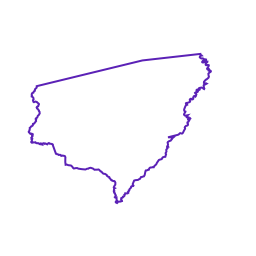 outline of Rio Verde de Mato Grosso, Mato Grosso do Sul, Brazil, rotated 72°
{"feature_id": "56859067B91033371864986", "entity_name": "Rio Verde de Mato Grosso", "entity_type": "district", "adm_level": 2, "iso_a3": "BRA", "parent_name": "Brazil", "parent_adm1": "Mato Grosso do Sul", "projection": "equal_earth", "projection_center": [-54.894, -18.785], "detail": "fine", "context": "isolated", "style": "outline", "palette": "violet", "viewbox_px": 256, "rotation_deg": 72, "n_neighbors": 0, "source": "geoboundaries", "source_scale": "gbopen_adm2", "svg_char_len": 5847}
<svg xmlns="http://www.w3.org/2000/svg" viewBox="0 0 256 256"><g transform="rotate(72 128 128)"><path d="M106.0,221.8L106.6,221.6L106.9,222.2L107.3,222.4L107.5,222.9L108.2,222.6L108.5,223.0L108.8,222.7L109.0,223.1L109.5,222.9L109.9,223.1L110.6,223.5L110.9,223.9L111.3,223.6L111.7,224.3L112.2,224.1L112.5,223.1L112.4,222.5L112.9,221.2L113.0,220.4L113.7,220.2L114.0,219.9L114.5,219.1L114.5,218.4L114.8,217.9L115.9,217.1L115.7,216.5L115.7,215.7L116.0,215.5L116.3,215.9L116.7,215.8L116.9,215.1L117.3,214.6L116.7,214.5L116.4,214.2L116.6,213.8L116.4,213.0L116.7,212.4L117.2,212.3L117.1,211.6L117.3,211.1L117.9,210.8L118.2,210.2L118.6,209.9L117.8,208.3L118.1,207.6L118.7,207.4L119.2,206.1L119.6,205.7L119.9,205.0L120.5,204.6L121.1,204.8L130.2,204.5L130.5,203.8L131.0,203.6L131.5,202.7L131.8,202.3L132.2,202.2L132.6,200.7L133.1,200.3L133.9,200.1L133.9,199.0L134.3,198.5L134.4,197.9L135.0,197.0L135.5,196.6L137.0,196.7L137.5,197.0L141.1,198.2L143.7,198.7L143.8,197.6L144.9,196.3L145.9,194.1L146.2,193.7L147.7,192.9L148.9,192.6L149.8,192.0L150.0,190.1L150.4,188.7L151.3,187.8L152.8,184.8L154.3,181.3L154.1,179.5L154.2,178.9L154.4,178.5L154.1,177.2L154.3,175.8L155.7,173.9L157.3,172.8L158.1,170.2L158.3,168.9L158.8,168.4L160.9,167.4L161.2,166.8L163.4,165.9L164.1,165.1L164.5,164.1L165.9,162.9L166.3,162.7L166.9,162.8L168.1,162.0L168.9,161.0L169.9,161.1L170.6,160.5L171.6,160.4L172.1,160.2L172.4,159.6L172.9,159.6L174.0,158.3L174.1,157.6L174.4,157.3L175.0,157.0L176.1,156.9L178.0,157.6L178.7,158.6L180.0,159.9L180.4,159.9L181.2,159.1L181.4,159.9L182.7,160.6L183.2,160.8L183.7,160.5L184.1,161.1L184.7,161.0L185.2,161.2L185.6,160.8L186.0,160.6L187.5,160.7L188.0,160.4L188.4,160.4L188.7,160.8L189.3,161.1L189.7,161.9L190.2,161.7L190.6,161.1L190.6,160.4L192.8,161.0L193.3,161.0L193.8,160.8L194.1,161.2L193.9,161.7L194.2,162.3L194.6,162.6L195.1,162.5L196.0,161.6L195.8,161.2L195.4,161.1L195.1,160.4L195.3,159.1L195.7,157.6L195.5,157.1L195.6,156.3L195.0,156.2L194.0,156.7L192.6,156.1L192.5,155.5L192.6,154.9L192.4,154.4L191.8,154.1L192.0,153.5L191.6,152.7L191.3,152.2L190.4,152.2L189.8,150.9L189.3,150.8L189.5,150.0L190.0,149.1L190.0,148.4L189.8,147.8L188.8,147.8L188.6,147.0L188.3,146.7L187.6,146.6L187.5,145.9L186.6,145.4L185.6,143.5L184.7,143.1L184.5,142.4L184.8,141.0L184.5,140.6L183.3,140.9L182.7,140.8L179.9,138.4L179.9,137.2L180.4,134.8L180.4,134.0L180.1,133.4L180.0,132.2L178.7,130.9L178.9,129.5L178.8,128.5L178.9,127.8L177.9,126.7L174.4,124.7L173.9,124.2L174.1,123.6L174.1,122.8L173.9,122.1L174.1,121.6L174.1,121.0L173.1,120.4L172.6,119.5L172.5,118.9L172.8,117.7L172.9,117.1L172.8,116.5L173.3,115.7L172.2,114.5L171.9,113.7L171.3,112.4L170.1,111.3L168.0,108.6L167.9,108.0L168.0,105.7L167.6,105.0L167.0,104.6L166.6,103.8L166.7,102.1L166.9,101.4L164.7,99.9L164.2,100.1L163.5,100.0L162.3,98.7L160.6,98.4L160.1,97.8L159.5,96.7L159.2,96.5L158.3,96.8L157.9,96.5L158.1,95.6L157.7,95.7L157.3,96.1L156.8,95.5L156.3,95.1L154.0,94.8L153.6,94.3L153.2,92.9L153.2,91.3L152.5,90.3L152.1,89.6L151.6,89.4L151.0,87.9L149.2,92.8L149.9,82.6L149.8,81.8L149.0,80.2L149.1,79.7L149.8,78.8L150.0,78.2L149.8,77.7L149.5,77.2L147.6,75.4L146.5,74.1L146.0,73.8L145.1,73.9L144.5,73.4L143.9,72.1L144.0,70.9L143.8,70.3L143.1,69.8L142.5,69.7L141.6,70.0L141.0,69.7L140.7,68.6L139.6,67.3L138.6,66.5L138.3,65.8L137.9,65.9L137.8,66.6L138.3,67.2L138.8,67.6L138.9,68.1L138.5,68.3L136.7,67.1L136.3,67.6L136.3,68.5L135.8,68.9L134.9,68.5L134.3,67.3L134.0,69.8L132.7,70.6L132.3,70.5L131.4,69.7L130.7,68.7L130.1,68.3L129.6,68.9L129.1,69.1L128.3,69.1L127.6,68.8L125.0,66.7L124.2,65.6L124.2,64.5L123.6,64.5L122.8,65.4L122.4,65.3L122.2,64.7L122.5,64.1L122.5,63.6L122.4,63.1L122.4,61.8L122.3,61.1L121.9,60.7L121.4,60.6L120.4,60.6L120.0,60.4L119.6,59.7L119.6,59.2L119.8,58.8L120.6,58.5L120.7,58.0L120.7,57.5L120.4,56.9L119.1,56.6L118.2,55.7L118.0,55.1L118.1,54.5L119.0,54.3L118.8,53.8L117.2,52.6L116.3,52.8L115.8,53.3L115.3,53.4L115.0,52.7L115.3,51.3L115.2,50.7L114.8,50.2L114.4,50.2L113.6,51.2L113.2,51.2L112.9,50.7L112.8,50.1L113.1,49.6L113.5,49.3L113.8,48.7L113.6,47.9L113.1,47.7L112.4,48.4L112.1,48.2L112.0,47.5L112.1,46.5L112.3,45.5L112.7,45.1L113.1,44.1L114.0,44.1L114.5,43.6L114.1,43.2L113.3,43.3L110.8,42.9L110.4,42.4L110.5,41.6L110.1,39.5L109.5,40.1L109.5,41.2L109.1,41.7L108.6,41.9L107.5,41.4L106.1,39.1L106.1,38.4L105.1,36.0L104.2,35.2L102.7,35.1L101.2,34.8L100.9,34.3L100.4,33.3L100.2,32.2L99.8,31.7L99.2,31.7L98.9,32.1L98.5,33.4L98.2,33.7L97.8,33.6L97.3,32.7L96.8,32.9L96.5,34.4L96.1,34.5L95.2,33.6L94.7,32.8L94.0,32.2L93.7,31.9L93.2,31.8L92.8,32.3L92.5,33.0L92.6,33.8L92.3,34.4L91.8,34.6L90.9,34.1L90.1,33.3L89.8,32.2L89.4,32.0L89.1,33.0L89.1,35.2L89.0,36.0L88.7,36.8L88.4,37.1L88.0,37.0L87.3,36.1L87.1,35.0L87.5,32.8L87.0,32.6L86.4,33.6L86.0,34.5L85.7,34.9L85.1,35.1L84.8,35.6L84.6,36.6L84.1,37.2L83.0,37.9L82.6,37.8L82.3,37.5L81.9,36.9L81.8,36.3L81.9,35.5L81.5,35.7L81.2,36.2L80.7,36.5L79.9,36.3L68.2,93.4L60.0,201.9L61.2,202.3L61.6,202.7L62.1,204.0L62.4,204.4L62.9,204.6L63.3,205.1L63.8,205.1L63.9,205.6L64.2,206.0L64.4,206.5L65.2,207.1L65.1,207.9L65.4,208.6L66.2,209.2L67.4,209.3L67.8,209.8L68.3,209.9L68.9,209.2L70.0,208.7L71.5,208.9L71.8,209.4L72.2,209.8L73.5,209.9L74.1,209.8L74.4,209.5L74.2,208.0L74.4,207.5L75.0,207.0L75.3,206.5L75.7,206.4L77.5,205.3L78.2,205.5L78.5,206.0L79.6,206.7L79.5,207.2L79.7,207.9L80.0,208.0L80.2,208.5L81.2,208.5L81.5,208.4L81.9,208.0L83.9,207.3L84.3,207.5L85.5,207.1L86.5,207.5L86.9,207.5L88.1,208.9L88.5,210.0L89.9,211.0L90.4,212.6L90.8,213.0L91.3,212.6L92.1,213.1L93.0,213.3L93.1,213.8L93.5,214.0L94.7,215.8L94.7,216.9L95.2,216.9L95.5,217.2L95.7,217.7L96.2,217.9L96.6,219.2L96.6,219.7L97.4,220.8L97.5,221.4L98.8,221.8L99.2,222.2L99.7,222.3L100.9,223.6L101.5,223.6L101.8,223.2L102.8,223.0L103.3,222.7L103.7,222.2L103.4,221.9L103.6,221.4L104.4,220.5L104.9,220.6L105.3,220.8L105.4,221.5L106.0,221.8Z" fill="none" stroke="#5b21b6" stroke-width="2"/></g></svg>